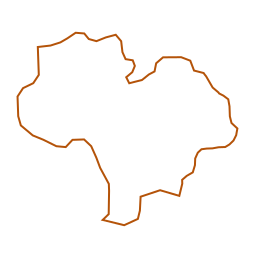 Cheongyang-gun, South Chungcheong, South Korea (Mercator projection), rotated 178°
{"feature_id": "91817680B7861346133014", "entity_name": "Cheongyang-gun", "entity_type": "district", "adm_level": 2, "iso_a3": "KOR", "parent_name": "South Korea", "parent_adm1": "South Chungcheong", "projection": "mercator", "projection_center": [126.839, 36.437], "detail": "fine", "context": "isolated", "style": "outline", "palette": "amber", "viewbox_px": 256, "rotation_deg": 178, "n_neighbors": 0, "source": "geoboundaries", "source_scale": "gbopen_adm2", "svg_char_len": 1107}
<svg xmlns="http://www.w3.org/2000/svg" viewBox="0 0 256 256"><g transform="rotate(178 128 128)"><path d="M156.5,37.0L135.2,31.0L121.3,36.8L119.0,45.0L117.8,58.9L98.1,64.7L79.1,58.4L75.7,70.5L75.7,74.3L71.0,78.1L64.8,81.4L62.4,88.5L61.9,95.2L59.1,100.9L55.3,104.2L50.0,104.7L44.3,104.7L38.2,105.6L31.5,105.6L27.2,108.0L23.0,111.8L20.1,117.1L19.9,118.2L18.7,123.7L24.4,129.4L25.8,136.1L25.8,146.1L26.8,153.2L31.5,157.0L35.8,159.4L36.3,160.3L42.0,165.5L48.1,176.9L49.6,178.9L50.5,180.3L60.0,183.1L63.4,193.1L72.4,196.9L90.5,197.4L97.6,191.7L99.5,183.6L105.2,180.8L112.3,175.5L125.2,172.7L128.0,178.8L121.8,183.6L119.0,189.8L120.9,195.5L128.0,196.9L130.9,204.0L131.8,215.0L137.0,221.6L147.0,219.3L156.5,215.9L164.1,218.3L168.4,224.0L177.0,225.0L185.5,219.7L192.6,215.9L202.6,213.1L215.3,212.1L215.3,208.6L215.3,198.2L215.3,184.2L221.1,176.1L231.5,171.5L237.3,163.3L237.3,152.9L237.3,143.6L235.0,134.3L223.4,123.9L213.0,119.2L200.2,112.3L190.9,111.1L183.9,118.1L172.3,118.1L165.4,111.1L160.7,99.5L157.2,89.1L149.1,72.8L149.1,65.9L150.3,42.6L156.5,37.0Z" fill="none" stroke="#b45309" stroke-width="2"/></g></svg>